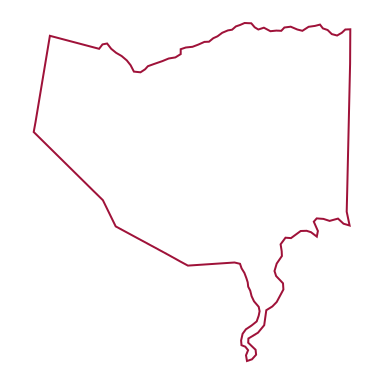 the district of Jati, Ceará, Brazil
{"feature_id": "56859067B99561003236729", "entity_name": "Jati", "entity_type": "district", "adm_level": 2, "iso_a3": "BRA", "parent_name": "Brazil", "parent_adm1": "Ceará", "projection": "albers", "projection_center": [-38.971, -7.726], "detail": "fine", "context": "isolated", "style": "outline", "palette": "rose", "viewbox_px": 384, "rotation_deg": 0, "n_neighbors": 0, "source": "geoboundaries", "source_scale": "gbopen_adm2", "svg_char_len": 1507}
<svg xmlns="http://www.w3.org/2000/svg" viewBox="0 0 384 384"><path d="M162.4,61.1L153.7,64.1L147.9,66.2L145.1,69.3L140.5,72.3L133.9,71.6L130.6,65.2L126.8,60.4L121.6,56.0L116.1,52.8L111.2,48.8L107.1,43.5L102.5,44.4L99.1,48.8L49.9,35.8L35.5,122.2L33.7,132.0L92.8,190.3L102.9,200.2L115.7,226.4L168.6,255.0L180.1,261.4L187.9,265.6L234.5,262.5L240.0,263.8L241.6,268.4L244.4,272.9L246.4,278.2L247.7,282.3L248.2,286.7L250.2,290.6L251.6,296.2L254.0,301.3L258.7,306.8L259.6,311.2L258.7,315.7L256.7,321.4L251.6,325.5L245.9,329.3L242.6,333.8L241.1,340.5L241.5,345.2L245.3,346.7L248.1,350.2L246.0,355.3L247.0,361.0L252.0,359.3L256.1,354.7L255.6,349.8L248.2,342.7L248.4,338.5L258.0,332.7L264.2,325.2L266.3,310.2L272.3,306.5L276.7,302.0L283.4,289.5L283.0,283.3L276.1,276.0L274.5,271.0L276.7,263.6L281.9,256.0L281.7,251.2L280.6,244.3L285.5,237.7L291.0,238.1L300.7,231.0L306.6,230.8L311.0,232.2L316.8,236.6L317.9,231.0L313.8,221.7L316.7,218.4L323.4,218.9L329.6,220.9L338.0,218.6L343.5,223.7L349.6,225.5L346.7,211.7L347.2,191.1L350.1,63.5L350.3,29.3L345.3,29.5L341.8,32.8L337.1,35.5L331.8,34.1L327.6,30.0L322.9,28.4L320.0,24.6L315.0,25.9L308.6,26.8L302.4,30.8L297.3,29.5L290.7,26.7L284.4,27.5L281.3,30.8L276.3,30.6L270.4,31.2L263.9,27.7L258.3,29.5L254.7,27.3L251.3,23.3L244.6,23.0L240.0,25.0L235.9,26.4L232.1,29.7L227.9,30.4L222.2,32.8L217.5,36.3L213.3,38.2L209.0,41.7L204.4,41.9L198.3,44.6L192.5,46.8L185.8,47.5L180.7,49.2L180.7,54.1L175.4,57.4L168.7,58.5L162.4,61.1Z" fill="none" stroke="#9f1239" stroke-width="2"/></svg>